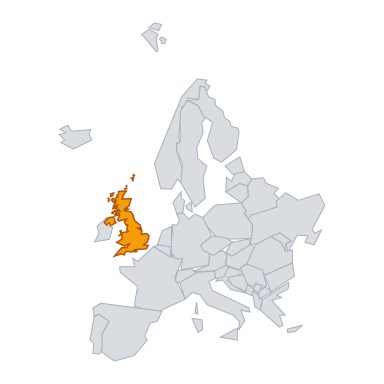 United Kingdom highlighted on a map of Europe
{"feature_id": "GBR", "entity_name": "United Kingdom", "entity_type": "country or territory", "adm_level": 0, "iso_a3": "GBR", "parent_name": "Europe", "parent_adm1": "", "projection": "orthographic", "projection_center": [-4.115, 55.427], "detail": "medium", "context": "in_parent", "style": "filled", "palette": "amber", "viewbox_px": 384, "rotation_deg": 0, "n_neighbors": 37, "source": "natural_earth", "source_scale": "50m", "svg_char_len": 9014}
<svg xmlns="http://www.w3.org/2000/svg" viewBox="0 0 384 384"><path d="M141.8,34.3L149.2,29.4L158.3,34.4L156.1,38.2L158.1,50.8L156.3,51.6L141.8,34.3ZM210.0,85.9L206.3,92.2L204.6,87.2L200.2,86.1L198.7,99.4L187.9,98.1L187.4,106.0L182.1,106.6L178.5,137.3L180.1,142.6L176.9,143.3L176.6,150.6L183.5,172.5L181.0,182.9L177.5,178.9L171.7,189.0L160.7,188.7L154.5,163.6L181.6,96.9L197.2,79.0L206.7,80.1L205.1,83.3L210.0,85.9ZM161.5,24.4L158.7,30.8L148.9,27.6L154.3,23.0L161.5,24.4ZM166.4,39.6L164.6,43.6L161.2,43.1L161.4,41.0L159.5,39.3L161.7,36.9L166.4,39.6Z" fill="#d9dde1" stroke="#a8b0b8" stroke-width="1"/><path d="M153.7,246.5L182.6,258.9L174.8,277.6L185.3,299.0L155.5,312.9L134.3,306.1L137.5,286.5L120.1,272.2L119.7,266.7L134.6,266.8L132.8,258.3L137.6,261.4L153.7,246.5ZM194.9,313.1L196.6,302.1L197.7,314.1L194.9,313.1Z" fill="#d9dde1" stroke="#a8b0b8" stroke-width="1"/><path d="M181.0,182.9L182.5,163.5L176.6,150.6L176.9,143.3L180.1,142.6L180.3,111.5L187.3,100.5L198.2,105.5L205.4,118.2L201.6,122.2L203.2,132.2L196.8,147.9L197.9,158.8L206.8,165.9L203.1,178.1L205.3,198.2L194.8,207.0L181.0,182.9Z" fill="#d9dde1" stroke="#a8b0b8" stroke-width="1"/><path d="M251.9,178.9L263.6,177.8L265.9,183.0L278.2,188.5L274.0,193.4L279.3,198.8L277.2,206.9L247.9,219.3L241.2,202.9L248.1,196.7L247.6,185.8L251.9,178.9Z" fill="#d9dde1" stroke="#a8b0b8" stroke-width="1"/><path d="M314.6,233.2L321.4,230.1L314.2,244.8L304.9,242.3L308.0,235.8L297.1,235.1L288.3,251.9L285.8,243.8L290.9,241.1L279.9,232.8L264.3,243.6L250.0,244.2L252.8,226.7L247.9,219.3L251.3,215.2L277.2,206.9L276.2,201.2L285.8,192.8L298.3,200.3L319.2,193.9L324.8,205.5L312.2,229.3L314.6,233.2Z" fill="#d9dde1" stroke="#a8b0b8" stroke-width="1"/><path d="M241.2,202.9L245.9,211.0L244.0,213.5L252.5,224.5L251.5,238.6L218.5,239.3L204.1,223.3L202.8,217.5L215.1,205.1L241.2,202.9Z" fill="#d9dde1" stroke="#a8b0b8" stroke-width="1"/><path d="M226.9,254.9L225.1,266.8L218.7,270.6L191.9,271.8L208.6,265.2L209.4,254.1L223.3,250.8L226.9,254.9Z" fill="#d9dde1" stroke="#a8b0b8" stroke-width="1"/><path d="M250.0,244.2L254.2,246.8L250.1,261.1L238.9,269.6L225.7,265.3L226.9,254.9L250.0,244.2Z" fill="#d9dde1" stroke="#a8b0b8" stroke-width="1"/><path d="M270.7,236.6L279.9,232.8L290.9,241.1L285.8,243.8L285.8,251.7L281.4,242.9L270.7,236.6Z" fill="#d9dde1" stroke="#a8b0b8" stroke-width="1"/><path d="M285.8,251.7L292.5,249.7L292.4,263.0L265.3,274.9L246.7,263.9L255.6,244.5L270.7,236.6L281.4,242.9L285.8,251.7Z" fill="#d9dde1" stroke="#a8b0b8" stroke-width="1"/><path d="M247.6,185.8L248.1,196.7L241.2,202.9L225.8,191.8L239.2,183.4L247.6,185.8Z" fill="#d9dde1" stroke="#a8b0b8" stroke-width="1"/><path d="M244.3,171.6L251.9,178.9L247.6,185.8L239.2,183.4L225.8,191.8L226.5,177.4L231.6,181.4L235.3,171.7L244.3,171.6Z" fill="#d9dde1" stroke="#a8b0b8" stroke-width="1"/><path d="M239.9,156.8L244.3,171.6L232.8,174.3L225.1,166.1L239.9,156.8Z" fill="#d9dde1" stroke="#a8b0b8" stroke-width="1"/><path d="M202.8,217.5L211.9,235.9L200.6,245.4L209.4,254.1L208.6,265.2L181.1,269.8L182.6,258.9L175.4,258.7L171.4,252.2L169.4,239.2L172.9,235.8L172.3,224.6L177.1,225.1L179.4,220.8L176.9,214.0L182.8,212.7L188.7,219.0L194.7,214.0L202.8,217.5Z" fill="#d9dde1" stroke="#a8b0b8" stroke-width="1"/><path d="M262.9,272.6L265.3,274.9L292.4,263.0L294.5,275.9L271.2,292.2L262.9,272.6Z" fill="#d9dde1" stroke="#a8b0b8" stroke-width="1"/><path d="M302.4,325.3L294.7,331.8L287.3,332.4L287.4,329.0L302.4,325.3ZM262.3,299.6L288.9,282.3L288.1,288.7L276.6,295.0L281.4,297.3L271.9,300.4L285.1,315.0L279.6,315.4L283.0,325.5L279.4,327.1L260.2,309.9L262.3,299.6Z" fill="#d9dde1" stroke="#a8b0b8" stroke-width="1"/><path d="M262.3,299.6L260.2,309.9L255.0,306.9L251.8,289.2L262.3,299.6Z" fill="#d9dde1" stroke="#a8b0b8" stroke-width="1"/><path d="M228.2,267.2L244.6,271.7L227.3,280.7L245.6,293.0L231.0,289.7L222.5,280.0L216.0,281.3L228.2,267.2Z" fill="#d9dde1" stroke="#a8b0b8" stroke-width="1"/><path d="M191.9,268.6L197.2,275.5L182.2,283.7L175.2,281.0L177.5,271.0L191.9,268.6Z" fill="#d9dde1" stroke="#a8b0b8" stroke-width="1"/><path d="M170.2,252.6L172.8,257.1L170.2,256.9L170.2,252.6Z" fill="#d9dde1" stroke="#a8b0b8" stroke-width="1"/><path d="M171.2,247.0L170.2,256.9L153.7,246.5L165.0,242.7L171.2,247.0Z" fill="#d9dde1" stroke="#a8b0b8" stroke-width="1"/><path d="M171.7,226.3L171.2,247.0L157.3,244.7L162.3,230.7L171.7,226.3Z" fill="#d9dde1" stroke="#a8b0b8" stroke-width="1"/><path d="M94.2,316.7L98.7,314.0L109.1,321.2L102.2,333.8L104.6,345.3L99.3,354.0L92.9,353.4L93.8,343.3L90.0,339.6L94.2,316.7Z" fill="#d9dde1" stroke="#a8b0b8" stroke-width="1"/><path d="M101.8,352.2L102.2,333.8L109.1,321.2L98.7,314.0L94.2,316.7L92.7,308.1L100.8,303.2L161.9,311.3L157.6,321.0L150.3,323.1L144.7,336.0L147.2,340.1L134.1,355.6L114.3,361.0L101.8,352.2Z" fill="#d9dde1" stroke="#a8b0b8" stroke-width="1"/><path d="M112.7,227.2L109.6,239.3L94.5,241.8L98.9,234.1L97.1,226.2L107.0,217.3L106.6,225.5L112.7,227.2Z" fill="#d9dde1" stroke="#a8b0b8" stroke-width="1"/><path d="M197.0,272.4L214.5,271.1L216.7,277.7L208.8,281.3L212.2,290.4L249.3,308.1L249.9,312.1L241.0,310.2L244.7,320.7L238.7,330.1L239.4,321.9L233.8,315.4L207.2,304.8L199.8,294.5L192.3,292.6L185.3,299.0L179.7,282.5L197.0,272.4ZM220.5,337.2L237.3,328.1L237.4,340.1L220.5,337.2ZM192.1,318.4L201.9,319.9L202.7,329.6L198.0,332.5L192.1,318.4Z" fill="#d9dde1" stroke="#a8b0b8" stroke-width="1"/><path d="M182.8,212.7L176.9,214.0L172.9,202.5L181.2,191.7L181.2,198.2L184.6,200.8L182.8,212.7ZM191.1,202.0L192.3,212.0L186.9,208.8L185.7,205.9L191.1,202.0Z" fill="#d9dde1" stroke="#a8b0b8" stroke-width="1"/><path d="M90.6,129.6L89.1,134.3L91.8,139.9L73.2,149.1L60.8,142.4L64.8,140.1L59.2,134.6L65.5,132.6L59.8,129.2L68.0,125.3L71.2,131.3L90.6,129.6Z" fill="#d9dde1" stroke="#a8b0b8" stroke-width="1"/><path d="M214.5,271.1L225.7,265.3L228.2,267.2L224.0,276.7L215.7,278.6L214.5,271.1Z" fill="#d9dde1" stroke="#a8b0b8" stroke-width="1"/><path d="M204.6,87.2L208.7,96.9L214.9,99.3L215.6,105.4L222.9,111.2L224.5,117.8L229.8,121.3L231.2,126.2L238.0,128.3L239.0,132.2L236.5,149.7L221.5,162.2L213.8,158.2L207.3,140.5L212.6,122.4L203.2,115.9L198.2,105.5L187.3,100.5L198.7,99.4L200.2,86.1L204.6,87.2Z" fill="#d9dde1" stroke="#a8b0b8" stroke-width="1"/><path d="M250.4,238.6L249.2,245.3L231.8,256.2L225.7,252.5L231.3,242.5L250.4,238.6Z" fill="#d9dde1" stroke="#a8b0b8" stroke-width="1"/><path d="M211.9,235.9L224.9,237.8L232.7,242.1L213.5,255.5L203.1,250.4L200.6,245.4L211.9,235.9Z" fill="#d9dde1" stroke="#a8b0b8" stroke-width="1"/><path d="M245.8,291.6L232.3,285.2L227.6,277.3L245.3,274.4L248.5,283.4L245.8,291.6Z" fill="#d9dde1" stroke="#a8b0b8" stroke-width="1"/><path d="M266.0,286.5L271.2,292.2L259.6,298.8L258.4,291.7L266.0,286.5Z" fill="#d9dde1" stroke="#a8b0b8" stroke-width="1"/><path d="M240.5,267.9L246.7,263.9L262.3,270.1L266.5,285.2L262.1,288.7L256.0,283.0L254.2,287.3L247.4,284.2L240.5,267.9Z" fill="#d9dde1" stroke="#a8b0b8" stroke-width="1"/><path d="M253.7,289.2L251.6,295.6L245.6,293.0L247.4,284.2L253.7,289.2Z" fill="#d9dde1" stroke="#a8b0b8" stroke-width="1"/><path d="M257.9,293.4L253.7,289.2L255.2,283.7L262.2,285.2L257.9,293.4Z" fill="#d9dde1" stroke="#a8b0b8" stroke-width="1"/><path d="M130.0,243.4L124.7,246.0L116.7,242.4L121.9,239.1L122.1,234.6L119.4,235.4L121.4,232.9L128.3,231.5L126.8,230.0L127.6,224.9L126.3,225.3L124.4,222.0L126.8,219.0L118.6,221.1L117.6,219.8L119.6,214.9L118.7,213.4L120.1,211.6L119.2,209.9L117.4,211.9L118.3,209.3L116.7,210.9L115.8,215.7L114.9,215.9L117.6,205.3L115.6,207.0L113.6,205.5L115.3,204.5L116.1,201.7L115.4,198.3L117.8,196.7L116.8,195.3L118.5,193.9L118.5,191.5L126.3,191.0L122.6,196.2L123.1,197.3L122.0,199.1L131.2,198.7L128.8,206.2L125.5,208.3L128.2,209.1L123.4,210.4L130.5,211.7L132.7,214.2L134.7,220.7L140.0,224.9L141.2,228.7L139.4,227.9L137.6,228.1L142.0,230.8L141.2,234.1L146.8,233.6L149.1,236.0L147.4,241.8L143.6,244.9L148.3,245.4L146.4,248.8L135.0,249.7L132.1,252.0L127.4,251.3L125.5,251.9L124.2,254.9L121.7,253.8L114.5,256.1L121.7,247.7L126.7,247.6L130.0,243.4ZM116.1,222.5L110.7,225.7L109.2,223.0L106.5,224.9L104.2,222.4L108.5,217.7L113.3,216.9L115.0,220.0L114.3,221.4L116.1,222.5ZM113.7,193.0L112.7,195.6L110.0,197.0L111.0,196.2L110.4,193.9L113.7,193.0ZM112.9,198.3L115.7,201.7L114.3,203.0L111.2,199.9L112.9,198.3ZM131.3,178.4L133.6,177.0L132.8,181.4L132.8,179.3L131.3,178.4ZM115.0,208.4L112.8,208.7L113.5,207.2L112.8,206.6L115.0,208.4ZM121.2,230.8L120.9,232.9L120.0,231.0L121.2,230.8ZM113.5,211.5L113.6,213.6L111.9,213.2L112.2,212.1L113.5,211.5ZM125.0,188.1L126.2,188.2L127.4,188.6L125.0,188.1ZM117.8,215.3L116.8,215.0L116.7,213.6L117.5,213.4L117.8,215.3ZM136.8,251.2L135.9,252.0L134.4,251.5L135.6,250.6L136.8,251.2ZM114.9,211.0L113.7,211.8L115.2,210.1L114.9,211.0ZM108.4,198.2L109.5,199.2L108.2,198.6L108.4,198.2ZM109.1,200.4L108.6,202.2L108.5,200.3L109.1,200.4ZM133.7,175.2L133.1,175.9L133.3,175.0L133.7,175.2ZM126.5,185.6L127.1,187.0L126.2,185.8L126.5,185.6ZM125.4,189.0L125.4,189.9L124.9,188.9L125.4,189.0ZM133.9,174.2L134.3,175.2L134.0,175.1L133.9,174.2Z" fill="#f59e0b" stroke="#b45309" stroke-width="1.5"/></svg>